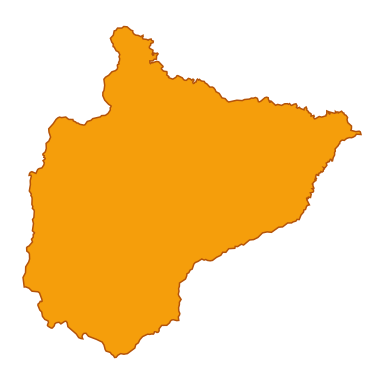 the district of Abejorral, Antioquia, Colombia
{"feature_id": "7082276B70847845969134", "entity_name": "Abejorral", "entity_type": "district", "adm_level": 2, "iso_a3": "COL", "parent_name": "Colombia", "parent_adm1": "Antioquia", "projection": "mercator", "projection_center": [-75.413, 5.805], "detail": "fine", "context": "isolated", "style": "filled", "palette": "amber", "viewbox_px": 384, "rotation_deg": 0, "n_neighbors": 0, "source": "geoboundaries", "source_scale": "gbopen_adm2", "svg_char_len": 5879}
<svg xmlns="http://www.w3.org/2000/svg" viewBox="0 0 384 384"><path d="M24.2,287.0L25.8,286.9L29.0,288.2L32.0,291.2L38.0,291.8L39.5,292.9L41.9,299.4L42.1,301.2L41.6,301.6L40.3,301.3L39.2,303.1L38.0,304.1L37.9,305.3L39.8,310.0L41.7,312.0L42.5,316.4L44.8,319.4L48.0,320.9L48.5,322.3L47.4,325.2L48.1,326.3L51.2,328.1L52.4,328.0L54.3,325.8L54.7,324.0L56.3,322.7L59.1,322.3L60.9,323.9L64.7,321.4L65.9,321.2L67.1,322.5L67.9,326.7L76.3,334.0L78.7,337.6L80.8,338.5L82.8,338.8L82.0,336.8L82.7,334.6L83.9,333.4L86.0,333.3L88.5,336.3L96.6,339.4L102.2,342.1L104.0,345.1L105.2,349.6L106.1,351.1L110.2,352.4L111.5,354.2L113.4,355.5L114.6,357.5L116.2,357.3L117.9,355.2L120.7,353.6L123.9,354.2L127.4,353.6L134.8,348.1L135.8,344.6L138.3,342.9L139.9,339.6L142.6,336.6L147.6,334.2L149.7,334.4L152.1,333.9L153.1,334.2L153.8,333.7L154.5,331.8L155.9,331.8L157.0,332.5L158.3,332.1L159.1,330.9L159.1,328.8L161.7,325.4L166.8,325.3L169.6,322.8L170.4,321.1L171.5,320.1L173.2,319.7L176.7,320.6L178.8,320.4L178.3,316.9L179.6,314.8L179.8,313.4L178.8,311.1L178.6,307.7L179.4,304.7L179.4,302.2L181.1,299.4L178.8,295.8L178.3,294.2L179.0,291.2L178.6,288.7L179.4,286.2L179.5,283.0L185.5,279.0L186.7,275.9L186.9,273.8L188.8,272.7L190.2,270.0L192.2,269.1L193.9,264.0L195.3,262.5L198.0,261.4L201.8,259.0L204.1,260.1L205.8,259.5L207.4,260.4L210.2,260.8L212.5,260.4L216.6,257.3L220.8,255.3L222.7,252.3L225.9,252.3L228.7,248.7L234.8,248.3L235.2,246.4L237.6,246.6L241.3,244.2L243.6,245.0L249.5,240.0L253.6,239.6L257.9,237.5L262.5,232.9L267.1,231.9L271.5,232.3L278.6,227.2L282.6,226.9L287.6,223.0L291.6,222.9L293.1,221.9L295.9,221.1L297.1,219.4L299.2,219.6L301.0,215.1L303.6,212.0L303.8,210.0L305.5,209.5L306.4,206.7L307.4,205.4L309.4,204.9L306.8,199.7L306.6,198.2L307.8,197.8L307.5,199.0L308.5,198.2L308.5,197.1L310.5,197.5L311.2,194.4L310.3,192.9L313.0,192.1L313.5,191.5L313.5,189.8L312.1,188.7L313.9,188.1L312.9,185.8L313.0,184.8L312.3,184.0L314.4,181.4L315.8,180.6L314.9,179.6L315.0,179.1L316.2,179.1L316.5,178.7L315.5,177.2L316.3,174.7L317.0,174.4L317.8,175.3L318.6,175.4L318.9,173.3L320.7,172.6L321.0,171.5L322.2,172.0L323.3,171.1L323.3,169.9L324.3,168.9L323.4,167.5L324.6,167.9L325.2,167.5L326.9,165.3L326.2,163.1L328.1,162.1L328.2,161.5L329.3,161.6L330.3,159.3L331.1,159.4L331.9,161.0L332.5,160.9L333.2,157.7L334.6,155.0L334.6,152.4L335.3,151.2L335.1,149.0L338.3,145.5L338.9,144.1L339.7,143.7L339.9,142.0L341.1,140.7L342.2,140.1L344.3,140.4L346.6,138.5L349.2,137.6L351.7,137.7L353.5,137.0L355.2,135.9L356.4,134.2L361.0,134.5L360.3,131.9L359.2,131.2L355.8,131.6L350.9,130.3L351.5,128.2L351.5,126.0L347.8,122.6L347.0,119.7L347.6,117.5L346.0,115.3L344.3,114.5L343.9,113.1L342.9,112.8L341.6,111.2L338.3,112.9L338.2,112.1L336.9,111.9L336.3,112.6L335.4,111.6L335.4,112.9L334.5,113.3L329.6,112.0L330.0,113.3L329.7,114.0L328.9,113.5L328.4,111.6L326.8,110.9L326.8,113.9L326.0,115.0L326.0,115.8L321.7,117.1L319.2,116.5L315.7,118.6L314.4,118.8L313.6,117.4L314.2,116.3L313.8,115.4L311.1,116.1L311.2,114.1L309.9,113.0L308.5,112.6L308.5,111.6L306.8,110.1L306.8,108.5L306.1,107.0L304.3,108.3L304.0,109.8L300.3,108.4L299.5,107.3L297.4,108.2L296.4,107.3L297.1,105.9L296.0,103.8L294.0,104.2L291.8,105.4L291.2,105.4L289.5,103.6L288.5,104.3L287.5,103.7L284.6,103.8L281.6,105.4L277.7,104.4L275.6,105.3L271.2,101.2L270.1,101.0L270.3,102.1L269.7,102.2L268.4,99.3L268.2,97.7L266.6,97.2L264.9,97.7L260.9,101.1L259.3,101.9L258.4,101.6L257.4,98.4L255.5,97.5L253.4,98.2L251.3,98.1L249.4,99.1L244.6,99.5L242.2,100.6L236.9,100.2L228.7,102.0L227.3,101.1L225.2,98.6L222.0,97.9L219.2,93.4L216.0,91.7L215.1,89.6L213.7,87.8L212.5,87.1L209.8,87.1L206.9,83.9L205.2,83.0L204.2,81.4L201.4,81.0L199.4,79.4L198.7,80.1L197.5,79.1L196.4,80.5L196.3,81.8L195.1,82.1L194.1,83.3L193.3,83.5L192.7,82.1L194.0,80.0L193.0,79.1L191.7,80.1L190.0,78.8L188.4,78.4L186.4,80.3L184.8,80.3L183.6,79.6L182.3,77.8L177.8,75.6L177.0,75.7L175.9,77.3L172.8,79.1L169.1,77.8L168.6,77.5L168.9,76.6L166.7,74.9L167.1,73.2L166.8,71.6L163.5,71.1L161.4,69.0L161.4,68.2L163.0,66.9L163.0,66.3L158.7,61.8L156.7,61.4L152.5,62.8L151.5,62.7L150.5,63.6L149.9,62.9L149.8,60.9L152.7,60.9L154.3,59.2L156.4,59.2L156.6,55.8L158.1,53.9L157.4,53.1L155.7,53.5L153.8,53.0L153.7,55.0L152.9,55.3L152.1,54.0L152.6,53.0L153.0,50.2L149.8,48.4L149.3,47.7L149.5,46.4L150.7,45.0L150.7,43.5L153.1,42.6L153.3,41.1L151.5,40.4L151.1,39.0L149.0,39.5L148.2,40.2L146.7,39.4L143.1,39.0L142.3,37.7L143.1,36.6L143.0,35.3L140.7,36.6L138.2,35.4L135.6,35.1L133.6,33.7L132.7,32.1L132.8,30.8L130.8,30.0L127.1,26.8L123.8,26.5L121.8,28.1L117.5,28.1L115.9,30.4L114.2,30.9L113.3,35.2L110.4,38.3L111.8,42.2L113.2,43.9L113.1,46.6L114.2,47.1L116.1,50.7L118.5,52.0L119.8,54.6L119.0,56.7L119.7,58.7L119.4,61.0L118.6,62.3L119.0,63.6L118.7,64.2L117.6,64.5L117.3,65.7L117.7,67.3L117.1,69.3L115.3,70.7L111.9,71.8L108.7,75.3L105.5,77.2L103.9,79.2L104.7,85.4L104.0,90.5L102.9,92.4L102.8,95.7L104.7,100.1L108.7,104.4L111.0,105.8L111.1,106.6L110.2,107.7L110.3,110.1L108.0,113.5L105.3,115.4L101.6,115.6L100.3,116.9L92.8,118.6L90.9,120.4L87.3,121.4L85.0,124.7L83.9,125.1L79.8,124.3L77.9,123.0L76.6,123.0L75.7,122.0L73.3,120.9L72.9,119.5L68.7,119.4L65.8,117.0L61.6,117.6L59.5,117.1L57.8,117.9L56.1,119.4L53.3,123.6L48.7,128.8L49.0,132.2L50.6,137.1L48.9,141.0L46.1,143.4L46.3,148.5L45.3,151.8L42.9,154.0L42.9,155.0L44.3,155.7L43.8,157.4L44.9,157.9L45.2,158.5L44.8,159.3L43.0,160.6L44.3,162.8L43.8,165.0L41.9,167.9L39.0,168.6L37.7,169.5L35.9,173.4L31.9,171.7L30.4,172.3L29.5,173.6L29.1,175.4L30.8,175.2L31.3,176.2L30.2,180.7L30.4,184.7L29.3,191.0L31.3,194.0L30.9,195.6L31.8,196.9L32.1,198.5L31.9,204.5L32.8,206.4L32.4,208.5L33.8,209.7L34.3,211.1L33.9,217.5L32.5,219.6L33.5,223.5L32.4,230.8L34.5,232.8L34.2,233.6L33.2,234.3L33.2,237.2L31.5,239.2L32.5,241.9L29.0,246.0L27.2,246.9L26.6,247.8L26.8,251.1L28.7,252.6L29.4,253.9L29.6,259.0L28.7,261.9L25.7,266.8L25.5,272.7L23.0,277.5L24.2,287.0Z" fill="#f59e0b" stroke="#b45309" stroke-width="1.5"/></svg>